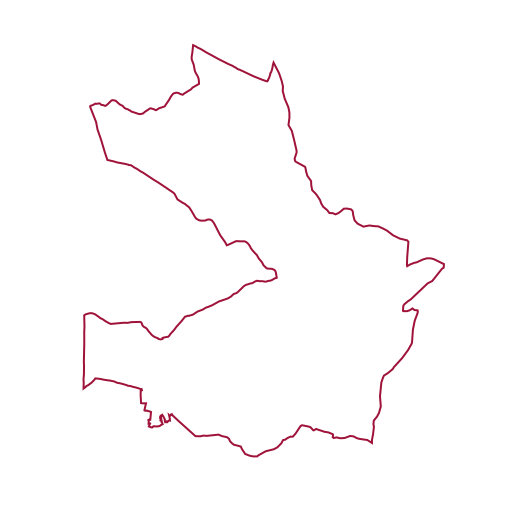 the district of Sistarovat, Arad, Romania, rotated 99°
{"feature_id": "2599482B58875225116785", "entity_name": "Sistarovat", "entity_type": "district", "adm_level": 2, "iso_a3": "ROU", "parent_name": "Romania", "parent_adm1": "Arad", "projection": "robinson", "projection_center": [21.746, 45.981], "detail": "fine", "context": "isolated", "style": "outline", "palette": "rose", "viewbox_px": 512, "rotation_deg": 99, "n_neighbors": 0, "source": "geoboundaries", "source_scale": "gbopen_adm2", "svg_char_len": 6097}
<svg xmlns="http://www.w3.org/2000/svg" viewBox="0 0 512 512"><g transform="rotate(99 256 256)"><path d="M430.8,307.1L443.4,287.6L442.8,282.9L441.6,279.7L441.3,276.3L438.3,265.1L439.2,261.4L439.5,256.4L440.7,254.1L443.0,252.7L444.6,250.6L445.9,248.3L446.2,244.3L446.6,241.2L449.0,239.6L453.2,235.7L454.2,231.3L454.4,227.7L453.7,223.4L452.7,222.7L447.3,215.8L444.1,208.2L441.7,205.0L437.1,201.7L433.6,200.5L433.0,198.7L430.7,196.2L429.0,193.6L428.7,191.4L425.3,189.2L417.0,185.4L416.0,184.2L416.0,182.1L416.3,176.8L416.6,175.4L419.1,172.3L419.2,171.7L417.4,169.5L417.9,167.2L418.6,162.5L418.9,161.4L418.9,157.0L419.3,155.3L420.0,152.3L420.9,151.8L423.0,151.9L423.6,150.7L422.5,147.9L422.7,147.0L422.8,144.4L422.6,142.9L421.8,139.8L419.0,134.8L418.9,131.4L420.1,128.0L420.4,126.1L420.4,121.9L420.3,117.3L422.5,112.2L419.4,112.7L414.3,112.5L406.2,112.8L403.8,113.7L400.1,113.9L395.6,111.3L391.8,110.0L385.1,109.2L375.1,111.6L361.4,112.4L356.0,111.5L354.1,110.9L351.1,107.5L346.3,103.3L344.0,102.3L334.0,95.7L324.9,91.0L318.1,88.5L316.7,88.4L304.1,89.5L295.1,89.1L287.2,87.5L285.7,87.5L284.4,87.9L284.6,91.1L283.3,93.2L285.7,95.9L286.9,98.3L287.4,102.0L286.9,102.3L282.2,102.7L280.4,101.9L276.8,98.7L274.7,96.4L256.2,82.2L253.1,78.0L239.5,70.3L238.2,68.8L234.6,69.1L231.3,79.8L231.0,82.8L231.5,86.7L233.2,90.4L237.1,96.3L238.0,98.6L240.2,102.4L242.4,105.1L241.4,105.5L233.3,106.5L218.1,107.7L216.9,109.1L216.3,116.8L214.1,123.9L210.5,130.5L209.1,134.5L207.6,139.8L208.0,144.0L208.1,148.7L210.2,154.5L208.2,160.6L205.4,164.2L200.6,166.3L196.6,167.5L195.1,169.2L194.9,173.4L195.5,176.6L198.8,179.4L200.8,181.4L202.4,184.0L201.7,187.0L202.1,190.2L199.6,192.8L196.8,197.4L193.8,199.9L190.6,201.6L187.2,204.7L185.2,206.7L182.2,210.8L177.5,212.5L173.4,213.3L168.8,217.8L164.8,219.7L161.3,220.9L160.2,221.6L156.8,231.1L156.1,232.2L153.8,233.1L147.5,232.1L145.6,232.4L134.5,236.9L126.8,240.2L121.6,244.4L114.2,244.6L108.9,245.5L104.0,247.3L96.2,252.2L88.9,255.4L84.3,255.9L79.3,257.9L71.9,261.8L62.2,268.9L64.4,269.2L67.9,269.2L70.9,269.6L72.0,269.8L73.3,270.5L73.8,270.3L78.0,270.9L80.0,271.7L80.7,271.6L81.8,272.4L81.0,277.2L78.7,287.2L75.4,298.3L74.4,302.2L74.3,303.3L73.2,305.3L72.4,307.8L71.9,308.7L70.7,313.4L67.5,323.4L62.7,336.9L60.2,343.0L59.2,346.5L58.4,348.2L57.6,351.1L64.8,350.7L69.6,350.7L72.0,350.2L76.7,347.5L82.4,345.5L84.3,344.4L87.5,341.8L89.5,340.6L91.3,340.0L94.9,339.2L99.6,345.0L101.6,346.3L106.8,352.4L107.8,353.2L108.2,353.7L107.8,356.5L107.2,357.7L107.1,359.5L107.2,360.4L108.2,362.6L108.9,363.4L112.3,365.2L114.2,365.8L118.9,367.9L120.8,368.9L121.9,369.2L122.6,369.7L125.3,374.9L127.2,377.0L127.6,377.6L127.6,378.1L127.1,379.5L126.6,382.9L126.8,383.7L131.0,388.3L133.0,390.0L134.0,392.7L134.1,393.8L132.8,401.7L132.1,402.9L131.7,404.4L131.2,405.3L130.9,407.4L130.3,409.1L128.6,411.2L127.6,414.3L124.6,418.9L124.5,420.5L124.5,422.0L125.0,423.1L129.2,426.2L131.2,428.0L131.3,428.6L130.9,430.5L130.9,432.5L129.8,434.1L129.8,434.7L130.5,436.8L130.7,437.7L130.6,438.4L132.5,440.9L133.7,443.1L134.2,443.2L134.9,443.0L148.7,434.9L155.9,432.3L165.2,427.3L177.3,421.5L184.4,417.8L184.8,411.4L185.3,407.8L185.5,399.8L185.8,396.4L186.1,395.7L185.9,394.7L186.0,393.4L187.9,389.4L188.4,387.6L190.5,383.1L191.3,380.7L196.9,368.5L198.4,364.7L206.1,348.1L206.8,346.9L207.6,346.0L212.4,342.4L214.9,336.8L215.7,334.2L216.6,332.9L217.5,331.2L218.5,329.5L222.0,326.4L227.2,322.2L228.5,320.8L229.4,318.4L229.7,317.0L229.5,314.4L228.8,311.4L227.7,309.7L227.2,307.9L227.3,306.8L227.7,305.3L228.1,304.7L230.3,302.5L241.1,294.6L247.1,288.7L250.0,286.5L249.0,284.8L244.5,278.1L244.3,277.1L243.9,273.2L243.3,269.7L243.7,267.9L245.0,265.8L245.9,264.8L247.8,263.1L249.0,262.4L251.2,260.1L254.1,256.5L254.7,255.5L258.2,252.7L261.3,249.1L264.1,247.0L266.4,243.7L266.6,242.9L266.2,238.2L266.9,235.5L268.1,234.4L269.2,233.8L274.3,232.1L275.1,233.9L277.1,236.3L278.0,237.7L278.7,240.0L279.6,241.8L279.9,242.7L279.9,246.1L280.3,248.5L280.3,251.2L281.3,252.9L283.4,255.4L284.1,257.5L285.3,259.7L285.9,261.1L287.3,262.9L288.4,263.8L295.0,268.7L295.9,269.9L297.0,272.1L300.0,274.4L302.1,276.9L303.1,278.6L306.7,285.5L311.6,291.7L312.7,293.6L313.7,295.1L314.7,297.2L317.3,300.3L320.0,305.0L323.9,309.3L325.2,312.2L325.6,312.7L325.7,314.1L326.6,315.5L327.0,316.6L331.7,319.2L338.5,323.6L341.8,325.3L346.5,328.4L348.1,329.1L349.5,330.1L350.7,333.7L351.5,335.4L352.3,335.2L352.7,335.6L353.0,336.3L353.3,337.3L353.2,339.4L352.6,340.0L351.9,343.3L351.0,345.4L350.2,346.7L346.5,351.0L345.3,352.0L344.1,353.8L343.6,355.5L343.0,356.4L342.1,357.4L340.4,358.3L339.5,359.1L339.3,359.8L339.3,360.6L340.8,368.7L342.1,372.3L342.6,376.1L345.8,388.8L345.3,390.9L343.7,395.0L342.4,397.6L341.8,399.8L340.5,402.2L338.8,405.7L338.2,408.4L338.3,410.5L339.0,412.4L340.1,414.8L340.9,415.8L341.5,416.4L352.4,414.4L357.7,413.8L370.1,411.8L388.0,409.4L390.5,408.8L400.1,407.4L404.7,407.1L407.8,406.4L413.9,405.6L412.2,403.9L411.0,403.2L409.9,401.6L406.6,398.4L403.1,396.0L402.1,395.7L402.0,395.2L401.8,391.6L402.0,385.7L401.9,380.0L402.1,376.5L403.0,373.1L402.9,371.9L403.2,368.1L403.8,363.5L404.2,362.3L404.1,360.4L404.2,358.6L404.5,357.1L404.7,353.7L405.4,349.4L405.3,348.2L406.5,347.7L406.9,348.6L407.2,348.8L411.3,348.2L419.3,346.5L419.3,345.0L418.7,341.6L425.8,342.1L426.2,341.3L426.1,340.7L425.8,340.2L425.9,339.6L425.8,339.1L426.1,338.6L426.0,337.5L426.5,335.3L434.3,334.8L434.4,335.2L434.1,335.8L435.6,337.3L434.9,336.2L438.3,335.9L437.9,335.0L438.0,334.4L441.1,335.2L441.7,332.8L441.5,331.6L441.0,331.5L440.8,331.0L440.2,330.6L439.9,327.4L439.3,325.2L438.6,324.1L437.6,323.3L436.8,321.9L434.6,323.0L434.5,323.5L433.3,323.5L432.9,324.1L433.2,324.2L433.2,324.7L432.0,324.7L431.7,324.1L431.1,324.3L430.3,325.0L430.7,325.3L430.7,325.5L429.4,325.5L428.9,325.2L429.3,324.8L429.8,324.6L428.7,324.3L428.2,324.4L427.5,323.8L428.9,322.5L431.6,320.5L432.9,320.4L434.3,319.7L433.4,318.5L434.1,318.2L434.2,317.9L432.0,316.1L432.0,315.2L429.8,315.8L426.7,317.0L427.3,316.1L427.5,316.0L426.6,315.4L426.6,315.2L426.3,314.8L425.8,315.0L425.7,314.8L425.8,314.5L425.5,314.3L426.5,313.4L430.8,307.1Z" fill="none" stroke="#9f1239" stroke-width="2"/></g></svg>